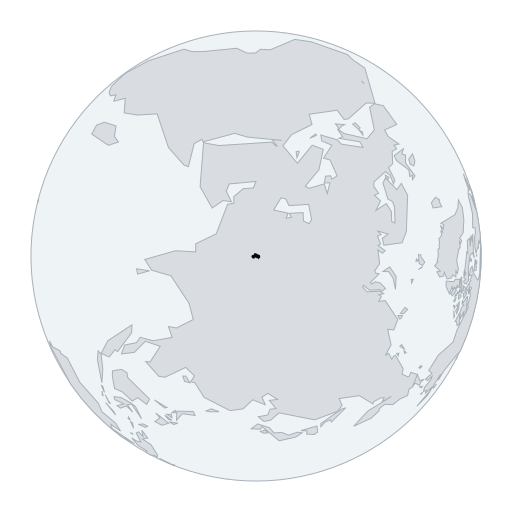 the Earth from above Takhar, rotated 104°
{"feature_id": "AFG-1765", "entity_name": "Takhar", "entity_type": "Province", "adm_level": 1, "iso_a3": "AFG", "parent_name": "Afghanistan", "parent_adm1": "", "projection": "orthographic", "projection_center": [69.729, 36.705], "detail": "fine", "context": "on_globe", "style": "filled", "palette": "ink", "viewbox_px": 512, "rotation_deg": 104, "n_neighbors": 0, "source": "natural_earth", "source_scale": "10m", "svg_char_len": 11975}
<svg xmlns="http://www.w3.org/2000/svg" viewBox="0 0 512 512"><g transform="rotate(104 256 256)"><circle cx="256" cy="256" r="225" fill="#eef3f6" stroke="#a8b0b8"/><path d="M298.9,34.8L304.0,37.6L321.7,45.8L332.5,49.2L326.1,48.3L349.9,56.0L362.8,63.6L345.0,54.7L340.7,53.7L347.9,58.3L345.1,58.4L346.9,60.8L342.9,60.7L332.8,56.1L330.1,56.1L335.3,59.5L334.6,61.9L327.3,56.8L325.3,60.7L308.1,55.1L291.9,44.0L279.1,43.0L253.9,37.5L253.0,38.8L242.9,38.4L238.1,39.9L234.7,39.0L233.8,41.1L237.7,41.7L238.6,42.9L236.1,44.0L231.5,42.9L232.0,42.1L229.4,42.4L228.1,41.5L227.3,42.6L222.0,41.4L223.6,44.3L216.2,44.9L213.7,43.8L218.8,41.6L225.7,35.2L224.8,34.4L218.2,34.8L195.6,39.8L192.5,40.2L184.7,42.4L184.1,42.9L190.0,41.5L187.0,43.6L194.6,42.2L194.5,43.1L200.3,43.1L194.1,45.8L184.9,48.5L179.8,48.8L175.6,50.3L176.2,52.5L162.5,56.2L146.3,64.5L143.3,65.5L145.2,62.1L156.1,55.1L158.6,52.9L151.6,57.3L144.3,60.6L140.8,62.7L138.1,64.5L138.7,64.6L135.1,66.6L140.7,62.4L144.1,60.5L142.3,61.7L147.4,58.7L148.1,58.3L163.6,50.6L179.6,44.1L196.1,38.8L212.9,34.9L230.0,32.2L247.3,30.9L264.6,30.9L281.8,32.2L298.9,34.8ZM307.9,37.0L304.3,36.2L305.3,36.2L307.0,36.6L307.9,37.0ZM340.8,52.0L336.6,49.8L341.6,52.0L340.8,52.0ZM347.9,61.2L350.0,62.0L350.1,63.0L347.9,61.2ZM203.3,41.7L201.8,42.4L201.5,42.0L203.3,41.7ZM207.2,41.3L207.9,40.4L209.9,40.0L209.4,40.6L207.2,41.3ZM344.0,63.8L343.4,65.5L342.2,63.0L344.0,63.8ZM205.9,42.5L213.3,39.6L216.7,39.1L217.8,40.9L205.9,42.5ZM342.0,66.0L340.8,70.8L345.4,72.6L331.9,70.7L337.3,66.9L335.1,63.3L338.9,65.7L342.0,66.0ZM240.0,41.4L235.7,40.8L241.6,40.4L240.0,41.4ZM243.6,40.9L260.4,38.7L265.5,40.5L258.8,40.7L267.3,42.6L261.5,44.5L255.6,43.9L253.4,42.2L252.9,44.3L243.6,40.9ZM324.6,69.1L322.8,69.8L322.7,68.3L324.6,69.1ZM239.4,43.4L242.3,42.6L247.0,44.1L241.9,45.9L242.1,44.8L239.4,43.4ZM272.4,42.4L274.9,44.0L271.0,45.9L271.4,46.9L261.9,44.7L272.4,42.4ZM239.7,45.0L239.3,46.8L234.8,47.3L236.8,44.3L239.7,45.0ZM250.3,43.7L252.3,44.6L249.5,44.7L250.3,43.7ZM218.8,50.5L222.2,49.2L224.9,49.7L218.8,50.5ZM239.4,47.5L240.9,47.4L242.4,47.5L241.2,48.8L239.4,47.5ZM259.7,46.4L257.5,46.9L263.4,47.3L260.7,49.0L254.8,47.4L256.2,48.8L255.4,49.4L251.5,47.5L259.7,46.4ZM244.3,50.8L235.9,49.8L228.9,52.0L226.3,51.4L237.9,48.2L244.3,50.8ZM248.9,49.0L245.4,49.9L243.9,48.6L245.3,47.1L248.9,49.0ZM261.0,50.9L266.7,48.7L267.8,49.1L261.0,50.9ZM242.6,51.6L244.6,51.9L242.3,51.9L242.6,51.6ZM255.7,51.3L257.5,50.4L258.7,50.9L255.7,51.3ZM247.2,53.3L244.5,52.9L245.4,51.8L247.2,53.3ZM251.3,52.6L252.5,53.6L247.3,51.7L252.0,52.1L251.3,52.6ZM256.5,52.0L257.8,52.0L255.5,52.3L256.5,52.0ZM245.5,58.0L238.7,55.8L240.7,53.3L247.0,55.7L245.5,58.0ZM34.8,254.3L38.4,216.1L42.4,209.1L47.3,195.9L78.9,177.5L81.0,186.2L100.6,199.6L102.2,203.6L94.9,212.5L105.6,238.7L114.9,233.5L129.6,250.8L142.6,256.5L156.1,238.2L134.9,228.3L136.2,216.5L157.1,215.8L176.4,225.1L177.5,220.9L169.5,207.2L178.2,202.0L167.2,201.9L168.5,207.4L161.7,207.8L160.1,202.9L163.2,201.0L158.6,196.7L144.9,207.4L144.7,214.1L130.1,209.2L128.4,220.1L122.9,222.4L123.7,204.9L126.8,200.2L124.8,178.4L120.1,182.8L121.7,203.9L119.3,200.7L113.0,207.8L115.9,199.9L115.4,176.6L104.9,171.7L84.3,181.7L79.7,178.0L79.3,168.9L94.3,151.3L102.7,161.8L108.1,156.6L112.8,144.4L115.0,148.9L117.9,145.5L121.7,149.2L133.4,145.7L138.2,148.8L148.8,139.6L152.7,140.1L145.3,145.3L142.8,150.9L155.5,159.4L159.7,158.7L165.6,152.2L168.4,155.7L172.4,148.5L182.7,150.6L173.6,142.2L180.3,135.3L189.7,132.7L190.3,129.1L174.8,133.5L170.2,136.7L168.8,141.8L154.6,150.4L148.9,149.3L157.5,135.3L150.4,132.6L160.3,123.6L196.0,116.0L207.8,117.5L214.6,134.5L208.3,137.8L202.8,133.1L202.3,143.8L205.0,139.8L207.3,143.0L214.3,138.0L216.3,140.1L219.6,132.0L222.7,134.0L220.6,139.1L233.6,134.2L241.8,137.3L243.8,135.3L243.6,132.2L254.2,138.7L255.2,136.9L252.1,134.1L252.1,128.9L256.2,122.5L259.7,125.1L258.7,127.7L261.7,137.5L258.4,144.7L260.3,145.1L263.9,139.6L260.2,127.5L261.7,123.0L264.4,128.3L263.5,126.0L265.4,124.6L270.4,125.8L267.9,119.9L283.3,103.1L294.5,104.4L295.2,110.5L309.6,103.4L321.2,106.5L318.3,103.8L323.3,99.3L319.7,98.1L318.7,96.5L329.8,85.9L335.1,85.9L336.6,79.4L335.2,78.1L331.4,77.6L331.9,70.7L345.4,72.6L348.0,75.3L354.7,75.2L359.8,81.6L367.1,87.3L368.8,95.3L374.5,99.6L376.4,99.1L385.6,105.1L397.6,120.0L379.2,109.8L359.5,90.6L366.8,98.3L362.5,97.3L363.6,100.8L368.9,106.5L371.2,106.6L366.5,122.0L374.3,140.9L380.0,136.3L386.9,139.2L400.8,159.5L402.6,195.6L411.8,202.2L414.6,208.3L411.5,214.9L407.3,206.0L401.2,205.3L399.3,199.7L392.9,208.1L389.9,200.4L386.4,211.2L391.4,216.1L398.1,211.0L396.3,224.5L407.4,231.4L412.3,243.7L405.8,272.0L393.8,284.6L393.8,288.9L387.1,286.7L381.1,297.3L395.7,315.0L396.2,321.3L385.1,337.5L384.4,333.1L366.8,327.1L365.5,342.7L378.9,350.7L383.6,362.9L374.1,361.8L369.1,351.1L362.9,348.6L363.2,335.6L355.3,317.7L345.6,323.9L345.1,315.8L332.8,301.5L318.1,309.5L295.8,333.8L295.0,353.9L286.3,363.1L270.4,335.4L266.6,315.5L258.7,317.4L244.1,299.9L212.7,296.1L210.1,290.2L203.8,291.9L193.8,284.7L190.6,275.0L183.7,274.1L192.6,299.5L200.3,300.5L209.3,293.0L210.2,301.5L220.1,310.1L202.3,327.0L158.8,334.3L157.8,318.7L141.7,268.3L144.0,263.9L144.1,263.3L144.1,262.2L139.2,268.9L137.6,259.0L142.7,293.2L142.1,306.3L158.1,335.0L155.8,336.7L162.0,343.2L185.7,343.2L185.1,348.0L171.9,367.2L142.0,386.3L147.9,405.1L149.0,418.5L134.6,421.0L140.2,431.4L133.4,431.1L135.9,436.0L132.9,438.1L126.3,437.3L110.4,427.0L105.9,422.1L92.7,407.8L72.8,376.0L73.1,367.1L70.3,356.4L59.1,324.9L61.3,313.7L59.2,305.6L54.4,301.8L52.4,292.0L49.8,288.5L36.5,270.9L34.8,254.3ZM62.7,192.6L60.6,196.1L62.7,192.6ZM193.4,245.8L207.1,250.0L206.7,235.3L212.0,235.9L209.9,230.9L206.6,234.2L202.5,220.8L210.5,218.5L211.8,212.4L207.2,210.8L193.2,217.4L199.1,236.2L193.5,240.8L193.4,245.8ZM144.0,60.9L143.4,61.3L140.2,63.3L140.7,62.8L144.0,60.9ZM131.6,71.4L126.0,74.6L130.4,71.7L130.1,71.2L138.9,65.0L142.3,65.7L139.2,66.3L131.6,71.4ZM151.6,57.7L145.6,61.0L152.0,57.3L151.6,57.7ZM130.4,124.7L129.6,128.6L125.1,131.3L119.0,128.9L125.5,124.7L130.4,124.7ZM129.5,133.5L139.8,121.1L144.0,122.6L139.9,123.7L141.7,126.0L135.5,128.5L129.5,142.7L125.1,146.2L116.3,138.9L121.6,139.1L122.0,135.2L129.5,133.5ZM158.7,91.6L163.2,87.6L166.5,95.8L161.9,98.7L155.5,96.1L157.2,91.2L158.7,91.6ZM206.4,46.9L207.9,45.8L209.2,46.0L208.9,47.1L206.4,46.9ZM220.2,49.8L201.1,52.4L201.9,51.1L189.8,54.8L187.1,53.0L195.0,50.5L183.9,52.3L190.0,49.4L182.2,51.1L200.1,45.8L205.2,43.7L200.6,46.6L202.9,48.2L205.4,48.3L216.3,47.1L228.2,43.9L232.4,45.4L232.2,47.4L230.0,48.4L228.0,46.9L226.5,49.3L221.8,48.1L220.2,49.8ZM227.5,76.7L226.1,73.4L222.2,80.3L217.6,78.1L217.4,79.1L212.1,79.1L205.3,81.0L203.9,79.5L201.9,80.9L198.3,81.2L195.0,82.7L191.4,80.8L187.1,82.6L187.8,80.7L181.4,84.4L184.6,80.8L180.2,81.2L179.5,84.5L167.8,73.0L160.5,71.8L152.7,73.1L159.1,67.5L170.5,63.1L183.3,60.6L189.5,62.8L191.2,60.2L194.7,60.6L191.8,62.5L198.3,59.9L200.4,60.9L211.8,60.2L219.9,56.5L224.2,56.4L222.1,58.4L227.9,57.0L226.9,60.8L230.0,61.0L232.1,65.1L226.2,69.3L230.1,69.2L231.9,72.7L227.5,76.7ZM245.8,59.2L239.9,64.0L234.4,65.4L233.0,57.7L230.4,57.0L229.3,52.7L237.3,51.0L236.9,52.3L238.3,53.2L235.2,53.4L238.8,54.0L238.3,56.0L240.9,57.1L238.2,58.3L245.8,59.2ZM107.1,201.9L108.9,204.0L112.5,206.1L108.6,210.8L107.1,201.9ZM106.4,186.0L108.5,186.9L104.7,194.0L102.8,192.0L106.4,186.0ZM112.9,181.5L108.9,186.4L109.9,182.6L112.9,181.5ZM147.6,145.9L150.2,146.6L149.2,148.3L146.3,150.0L147.6,145.9ZM215.2,98.8L215.2,96.2L216.8,95.9L221.2,90.7L225.0,92.2L223.8,95.9L215.2,98.8ZM150.6,240.1L145.0,242.3L143.9,239.6L146.0,239.3L150.6,240.1ZM124.3,226.5L128.8,232.3L123.2,227.7L124.3,226.5ZM220.0,99.6L221.4,97.2L222.5,99.5L220.0,99.6ZM228.0,93.1L229.8,95.3L226.0,91.8L228.0,93.1ZM253.9,480.5L257.4,480.8L253.5,480.8L253.9,480.5ZM184.3,426.1L177.4,444.9L167.5,442.3L162.9,435.5L163.6,423.3L174.2,422.3L178.7,417.0L184.3,426.1ZM424.3,372.7L428.5,370.6L428.3,371.5L424.3,372.7ZM419.9,372.8L425.1,370.0L418.7,375.0L419.9,372.8ZM427.0,368.8L432.3,364.1L434.5,361.3L433.9,363.2L427.0,368.8ZM416.3,374.9L395.1,384.7L386.3,386.2L388.7,382.5L402.9,377.3L416.3,374.9ZM388.0,382.7L374.1,379.3L352.8,359.7L360.5,358.1L382.3,367.2L381.0,370.2L389.4,373.9L388.0,382.7ZM420.2,352.8L418.8,361.2L407.4,366.3L402.1,367.5L398.5,359.0L400.5,352.9L405.0,351.1L420.6,324.7L426.4,326.1L422.1,336.5L426.7,341.0L420.2,352.8ZM296.1,355.7L302.2,366.5L297.3,368.8L296.1,355.7ZM425.6,308.1L420.2,319.8L424.6,305.6L425.6,308.1ZM427.4,295.7L428.4,299.7L425.3,297.1L427.4,295.7ZM394.9,295.0L390.2,298.0L389.5,295.0L395.0,289.4L394.9,295.0ZM416.0,254.2L418.4,263.4L418.4,267.0L415.1,262.5L416.0,254.2ZM254.6,112.6L244.1,117.8L239.1,123.4L240.3,129.0L234.2,123.7L241.9,115.1L254.6,112.6ZM279.4,103.9L278.3,99.5L281.7,100.3L282.4,101.4L279.4,103.9ZM276.6,102.0L269.8,99.0L271.1,95.9L276.3,98.8L276.6,102.0ZM244.6,98.4L241.3,99.8L240.5,97.8L244.6,98.4ZM425.7,404.2L425.0,405.0L393.7,433.1L388.4,435.9L393.3,431.3L395.5,423.0L397.6,422.1L400.6,414.5L421.1,396.4L436.9,373.5L444.3,367.9L452.3,351.6L458.6,345.1L454.4,356.1L458.3,353.8L467.5,328.6L464.2,342.1L456.5,358.7L447.5,374.7L437.2,389.9L425.7,404.2ZM434.7,366.5L441.2,356.5L444.2,353.7L434.7,366.5ZM474.2,306.7L474.7,310.0L473.1,314.9L471.7,314.5L468.5,324.3L462.5,332.6L464.5,327.0L464.2,322.8L456.7,329.4L455.1,327.5L458.3,322.0L452.6,324.7L458.9,316.9L461.0,321.9L464.4,312.4L469.1,307.4L473.0,303.3L475.0,303.2L474.2,306.7ZM458.0,333.2L459.0,332.1L457.8,335.3L458.0,333.2ZM479.2,286.6L479.4,284.4L479.4,284.8L479.2,286.6ZM475.7,300.6L478.4,288.3L478.8,286.9L476.8,297.9L475.7,300.6ZM478.2,285.8L479.0,283.7L479.1,285.6L478.9,287.1L478.2,285.8ZM445.2,338.6L444.8,340.8L443.0,340.7L445.2,338.6ZM447.7,335.4L452.8,333.1L447.1,337.6L447.7,335.4ZM429.7,341.0L431.5,344.8L437.3,337.8L432.9,345.3L436.4,350.7L434.8,354.6L431.5,348.5L429.5,358.3L426.9,359.8L425.9,353.0L428.8,341.9L431.4,336.3L441.6,327.7L429.7,341.0ZM447.8,329.4L446.3,324.8L447.3,320.0L449.0,321.8L447.8,329.4ZM441.1,314.0L436.3,310.0L432.6,315.3L439.4,300.2L443.0,306.5L441.1,314.0ZM435.9,301.2L432.5,306.0L435.6,297.8L435.9,301.2ZM431.2,304.3L430.1,299.6L433.2,298.4L431.2,304.3ZM437.8,300.1L437.2,291.3L439.4,295.2L437.8,300.1ZM426.8,289.3L434.7,293.4L425.7,295.2L422.0,279.1L425.5,276.5L426.8,289.3ZM425.3,209.3L422.6,205.1L424.8,201.9L426.1,205.7L425.3,209.3ZM429.7,188.8L424.5,199.7L420.0,209.1L423.0,209.7L424.8,218.9L418.5,213.7L419.4,201.3L423.4,195.7L420.9,188.4L422.0,181.0L417.0,173.3L416.4,168.4L422.2,173.9L429.7,188.8ZM414.6,170.2L406.2,155.8L411.9,153.6L415.1,156.3L416.5,163.7L413.4,164.3L414.6,170.2ZM405.9,151.8L402.8,152.5L384.0,136.1L381.5,132.2L398.8,142.7L396.8,144.1L400.4,148.7L405.9,151.8ZM325.0,70.9L323.0,69.9L325.4,70.1L325.0,70.9ZM316.6,96.0L315.7,93.9L318.5,93.9L316.6,96.0ZM314.6,88.1L312.0,89.5L313.3,86.9L314.6,88.1ZM306.6,93.2L310.3,89.6L308.9,94.6L306.6,93.2Z" fill="#d9dde1" stroke="#a8b0b8" stroke-width="1"/><path d="M256.5,252.4L256.6,252.5L256.8,252.6L256.8,252.8L256.9,253.2L256.9,253.3L257.0,253.3L256.9,253.4L256.9,253.5L256.9,253.8L256.9,254.0L257.0,254.1L256.9,254.2L257.0,254.3L257.1,254.5L257.2,254.8L257.0,255.0L256.9,255.1L256.9,256.0L256.9,256.4L256.9,256.5L257.0,256.7L257.0,256.8L257.0,257.0L257.3,257.2L257.5,257.4L257.6,257.5L257.8,257.5L258.0,257.6L258.3,257.6L258.4,258.1L258.3,258.3L258.3,258.5L258.2,258.6L258.3,258.8L258.2,259.0L257.9,259.2L257.8,259.3L257.7,259.4L257.4,259.2L257.4,259.3L257.2,259.5L256.9,259.6L256.7,259.5L256.7,259.2L256.6,258.9L256.5,258.7L256.4,258.6L256.2,258.4L256.2,257.9L255.9,257.8L255.9,257.7L255.8,257.4L255.7,257.5L255.4,257.6L255.1,257.8L254.8,257.8L254.7,257.8L254.6,257.7L254.4,257.7L254.3,257.4L254.3,257.2L254.2,257.0L254.2,256.9L254.3,256.8L254.3,256.7L254.5,256.4L254.5,256.2L254.4,256.2L254.4,255.9L254.4,255.7L254.6,255.6L254.7,255.4L254.7,254.9L254.7,254.7L254.8,254.5L254.7,254.4L254.8,254.3L254.9,254.2L255.0,254.1L255.1,253.9L255.0,253.7L254.9,253.5L254.9,253.4L254.9,253.2L255.0,253.0L255.0,252.9L255.3,252.7L255.8,252.6L256.0,252.5L256.3,252.5L256.5,252.4Z" fill="#0f172a" stroke="#020617" stroke-width="1.5"/></g></svg>